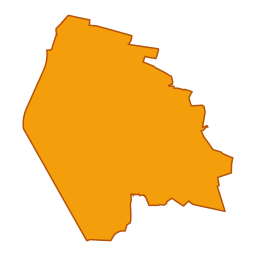 outline of Bergen op Zoom, Noord-Brabant, Netherlands
{"feature_id": "6326949B50303337761735", "entity_name": "Bergen op Zoom", "entity_type": "district", "adm_level": 2, "iso_a3": "NLD", "parent_name": "Netherlands", "parent_adm1": "Noord-Brabant", "projection": "equal_earth", "projection_center": [4.307, 51.505], "detail": "fine", "context": "isolated", "style": "filled", "palette": "amber", "viewbox_px": 256, "rotation_deg": 0, "n_neighbors": 0, "source": "geoboundaries", "source_scale": "gbopen_adm2", "svg_char_len": 4904}
<svg xmlns="http://www.w3.org/2000/svg" viewBox="0 0 256 256"><path d="M86.7,240.6L89.5,239.8L90.1,239.6L90.3,239.6L90.7,239.6L103.5,240.3L106.5,240.4L110.8,240.6L114.1,235.1L114.4,234.8L114.7,234.5L114.9,234.3L115.3,234.0L115.8,233.5L116.2,233.2L116.9,232.8L117.5,232.4L118.3,232.0L118.7,231.8L119.1,231.6L120.0,231.3L120.5,231.1L120.9,231.0L121.3,231.0L121.6,231.0L121.9,231.0L123.3,231.0L125.1,230.9L127.0,224.9L129.4,223.3L130.3,222.7L130.6,220.7L130.7,220.3L130.7,219.9L130.9,218.5L130.8,217.6L130.8,217.4L130.8,217.2L130.8,215.5L130.8,214.8L130.8,213.8L130.7,210.2L130.5,206.7L130.4,206.4L130.4,204.3L131.0,201.3L131.1,200.8L131.2,200.2L131.2,199.9L131.2,199.5L131.0,196.1L131.0,195.8L130.9,195.6L130.8,195.3L130.6,194.9L132.5,193.9L132.6,194.4L132.7,194.7L132.8,194.8L133.1,195.3L133.2,194.6L135.7,194.3L135.8,194.7L139.1,194.2L139.4,195.6L143.8,194.9L143.8,195.0L144.5,196.5L145.0,196.4L145.3,196.3L145.4,196.6L145.5,196.9L145.8,197.4L146.4,198.9L146.8,199.7L147.0,200.6L147.8,202.2L148.3,203.4L148.5,204.0L148.6,204.6L148.9,205.3L149.1,205.4L149.3,205.4L149.7,205.4L151.1,205.4L152.0,205.4L153.1,205.3L155.0,205.4L157.3,205.4L157.7,205.3L160.8,204.6L164.2,205.1L164.3,205.1L164.5,205.0L166.7,203.2L166.7,201.7L171.8,198.3L172.9,199.0L174.9,200.4L176.1,201.2L179.0,203.1L183.5,206.0L188.7,201.0L190.2,202.5L190.6,202.8L191.0,203.1L191.2,203.3L191.8,203.6L192.1,203.8L192.8,204.2L193.4,204.4L194.1,204.6L196.5,205.2L200.7,206.1L215.2,209.2L223.5,211.0L224.9,211.3L225.0,211.2L222.5,203.2L221.9,201.2L219.8,194.4L218.4,189.9L217.3,186.3L219.1,185.5L218.7,183.5L218.6,182.8L218.4,182.2L218.5,182.2L218.1,180.0L217.8,178.4L217.6,177.5L220.2,176.6L226.7,174.4L226.7,174.5L231.3,172.9L231.3,172.1L231.5,166.8L231.6,164.5L231.5,164.3L231.7,163.3L231.9,162.3L232.1,161.0L232.3,159.9L232.5,159.0L232.5,158.7L232.8,157.9L231.8,157.5L228.6,156.2L227.6,155.8L227.0,155.5L226.4,155.2L225.2,154.7L223.0,153.8L222.8,153.6L222.6,153.5L222.4,153.4L222.2,153.3L220.8,152.0L220.6,151.9L220.3,151.8L217.5,151.0L216.1,150.5L213.3,149.8L212.9,149.6L212.7,149.2L208.9,143.8L208.0,142.5L206.4,140.3L206.3,140.2L204.4,137.6L204.1,137.2L203.8,136.7L203.7,136.4L202.8,134.6L202.6,134.0L202.2,132.9L201.2,130.8L203.4,130.2L205.3,128.1L205.5,127.9L205.7,127.7L206.0,127.5L207.0,127.2L207.8,126.9L207.2,125.7L203.8,126.8L203.0,127.0L202.6,127.1L202.7,126.5L202.8,125.4L203.1,123.7L203.7,120.4L203.8,119.8L203.9,119.3L204.2,117.6L204.3,117.1L204.8,114.1L205.1,112.4L205.1,112.2L205.1,111.9L204.6,109.4L204.4,108.7L204.2,108.1L204.3,108.1L204.2,107.6L204.0,106.5L204.0,106.4L203.8,106.3L203.1,105.9L202.1,105.3L202.0,105.2L200.1,105.3L199.5,105.4L199.4,105.4L196.4,105.6L195.9,105.6L194.8,105.6L194.1,105.7L193.3,105.8L191.2,105.8L190.9,104.7L190.2,102.4L189.8,101.0L189.5,100.2L189.3,99.5L189.1,98.6L188.9,97.9L188.9,97.7L189.0,97.5L189.6,96.5L189.7,96.3L189.9,96.0L189.9,95.7L190.0,95.5L190.7,94.1L191.4,92.8L191.8,92.2L192.0,91.9L192.0,91.7L190.8,91.2L190.0,91.0L189.1,90.7L185.0,89.4L184.6,89.5L184.3,89.6L184.0,89.7L183.9,89.7L183.5,89.7L183.3,89.6L182.8,89.5L180.2,88.8L177.9,88.2L177.7,88.2L176.9,88.2L175.3,88.2L174.8,88.2L174.7,88.2L174.4,88.3L174.4,88.2L173.9,86.4L168.7,85.9L168.8,85.3L169.4,85.2L169.9,85.0L172.4,84.0L172.3,83.9L172.2,83.8L171.8,83.6L172.8,82.2L171.3,76.3L169.9,75.6L169.4,75.4L168.2,74.6L165.4,72.9L163.3,71.8L163.1,71.7L162.8,71.4L162.5,71.4L162.4,71.3L158.9,69.5L158.7,69.4L158.4,69.2L155.1,67.6L153.6,66.2L150.9,65.1L143.1,62.0L143.1,61.9L143.3,61.6L143.5,60.9L144.5,57.6L144.9,56.5L145.0,56.5L150.4,57.7L150.7,57.8L150.9,57.8L151.4,57.7L151.5,57.7L153.2,58.0L155.8,58.6L156.9,55.7L157.0,55.3L158.1,51.4L158.4,50.4L158.5,50.0L158.5,49.6L158.3,48.9L158.2,48.8L131.6,44.9L129.0,44.4L128.5,44.3L128.6,44.2L129.6,42.8L130.1,42.1L130.5,41.4L130.8,40.7L131.4,38.4L131.6,37.7L131.8,36.9L131.8,36.1L131.8,35.7L127.9,34.6L126.9,34.3L126.2,34.1L123.2,33.3L117.2,31.6L113.6,30.6L112.1,30.2L110.8,29.8L107.8,29.0L105.4,28.3L104.7,28.1L100.5,27.0L98.8,26.5L97.2,26.1L96.9,26.0L96.5,25.9L95.0,25.8L90.9,25.4L90.1,25.3L89.3,25.2L89.2,25.2L89.3,24.9L89.4,24.5L89.4,24.2L89.5,23.8L89.6,21.5L89.7,21.0L89.7,19.9L86.7,19.3L76.6,17.2L71.7,16.1L69.5,15.6L68.5,15.4L68.1,15.7L67.4,16.4L67.1,16.7L66.7,17.1L66.0,17.9L63.4,20.8L62.4,22.0L62.0,22.4L62.1,22.5L61.9,22.6L61.5,23.1L59.8,25.0L58.8,25.9L58.4,26.3L58.1,26.6L56.2,28.5L56.0,31.0L56.0,31.3L56.1,31.5L56.2,32.0L56.8,34.4L56.5,34.3L56.3,34.4L56.2,34.6L56.2,34.8L56.2,35.0L54.5,40.4L54.3,40.7L54.3,40.9L54.2,41.1L52.9,45.2L52.4,46.9L52.1,48.1L52.0,48.6L51.7,48.5L51.8,48.6L51.8,48.9L51.8,49.1L51.7,49.3L51.6,49.5L51.2,49.6L51.2,49.8L50.6,49.8L50.4,49.9L50.3,50.0L46.8,50.2L47.1,53.3L47.0,56.3L46.7,59.4L46.2,62.5L45.4,65.5L44.3,68.5L43.1,71.4L32.6,94.7L31.5,97.3L31.3,97.6L31.1,98.2L27.4,106.4L26.1,109.3L25.0,112.3L24.2,115.3L23.6,118.3L23.2,121.4L23.2,124.5L23.4,128.5L38.9,155.9L57.1,188.2L86.7,240.6Z" fill="#f59e0b" stroke="#b45309" stroke-width="1.5"/></svg>